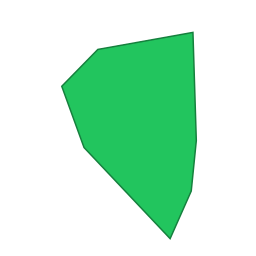 Pukapuka, orthographic projection, rotated 98°
{"feature_id": "COK-4959", "entity_name": "Pukapuka", "entity_type": "state/province", "adm_level": 1, "iso_a3": "COK", "parent_name": "Cook Islands", "parent_adm1": "", "projection": "orthographic", "projection_center": [-165.817, -10.886], "detail": "fine", "context": "isolated", "style": "filled", "palette": "green", "viewbox_px": 256, "rotation_deg": 98, "n_neighbors": 0, "source": "natural_earth", "source_scale": "10m", "svg_char_len": 257}
<svg xmlns="http://www.w3.org/2000/svg" viewBox="0 0 256 256"><g transform="rotate(98 128 128)"><path d="M24.3,77.0L131.0,58.6L181.6,56.6L231.7,70.9L153.5,168.8L95.9,199.4L54.4,168.8L24.3,77.0Z" fill="#22c55e" stroke="#15803d" stroke-width="1.5"/></g></svg>